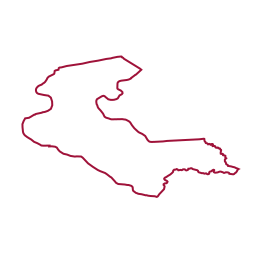 Momostenango, Totonicapán, Guatemala (Equal Earth projection), rotated 83°
{"feature_id": "79465075B37040053715230", "entity_name": "Momostenango", "entity_type": "district", "adm_level": 2, "iso_a3": "GTM", "parent_name": "Guatemala", "parent_adm1": "Totonicapán", "projection": "equal_earth", "projection_center": [-91.39, 15.11], "detail": "fine", "context": "isolated", "style": "outline", "palette": "rose", "viewbox_px": 256, "rotation_deg": 83, "n_neighbors": 0, "source": "geoboundaries", "source_scale": "gbopen_adm2", "svg_char_len": 4586}
<svg xmlns="http://www.w3.org/2000/svg" viewBox="0 0 256 256"><g transform="rotate(83 128 128)"><path d="M156.2,44.9L156.3,45.3L156.3,45.7L156.3,46.2L155.9,46.4L155.6,46.3L154.7,45.7L154.4,45.8L154.2,46.1L154.1,46.9L154.3,47.3L154.7,47.7L154.7,48.2L153.9,48.6L153.7,49.1L153.7,49.7L153.9,50.0L154.0,50.5L153.6,50.7L153.0,51.1L152.4,52.6L152.0,52.7L151.3,52.8L150.8,53.4L150.0,53.6L148.9,53.6L148.1,53.6L147.9,54.0L147.9,58.6L145.6,90.8L145.6,94.8L145.0,103.2L144.8,105.4L144.7,106.4L144.5,107.3L144.3,108.0L144.0,108.5L143.6,109.0L142.1,110.1L138.0,111.9L135.6,114.6L133.8,117.5L132.9,118.5L129.1,121.7L125.8,123.7L123.9,124.6L122.8,125.1L121.6,126.1L120.5,127.6L119.4,129.3L119.0,130.9L118.5,132.6L117.4,143.3L117.0,144.4L116.2,145.9L115.1,148.5L113.9,149.9L110.7,151.0L107.4,153.0L104.6,155.0L103.3,155.5L101.8,155.7L100.6,156.2L99.0,156.3L97.4,156.2L96.4,155.8L95.6,155.2L93.4,150.3L93.1,149.0L93.1,148.2L93.4,147.7L93.7,147.2L94.8,146.3L95.6,145.5L97.1,144.1L98.0,141.6L98.3,138.6L97.9,135.9L97.3,134.5L94.6,132.4L94.0,130.7L93.7,130.0L92.9,129.2L91.6,129.2L89.9,130.6L88.4,133.0L87.6,133.7L86.9,133.7L83.1,133.1L82.2,132.9L81.5,132.5L80.8,131.6L80.4,130.5L80.2,128.8L80.2,123.4L80.0,121.5L79.5,119.8L79.1,118.9L78.8,118.9L76.9,115.5L76.2,114.4L76.2,114.0L75.2,112.5L71.8,107.7L70.6,108.8L63.0,118.3L58.7,123.7L57.8,124.2L57.1,125.4L56.5,125.5L56.2,126.0L56.1,129.8L56.5,134.9L56.8,136.4L56.8,141.0L57.5,149.4L57.8,157.8L58.6,165.5L59.0,181.3L59.7,186.5L59.7,188.7L60.1,189.4L61.7,189.9L62.0,192.9L62.4,193.8L65.0,194.5L65.3,194.8L65.6,195.4L67.4,200.5L68.7,202.0L69.9,202.7L72.1,204.6L72.9,205.7L73.7,207.4L74.5,208.5L74.6,209.3L75.0,210.6L75.4,211.8L76.8,213.6L77.9,214.4L78.8,214.7L79.8,214.8L80.6,214.7L81.4,214.5L82.2,214.0L82.6,213.5L83.1,212.9L85.0,207.4L86.2,203.1L88.4,200.9L92.4,200.1L96.2,200.4L99.6,202.2L101.2,205.4L101.9,208.5L102.0,211.1L102.3,211.6L102.8,217.3L103.0,218.3L103.5,218.9L103.4,219.6L105.0,223.1L105.6,224.6L105.8,225.0L105.9,228.9L108.5,230.8L110.6,231.9L111.3,232.3L114.4,232.6L119.1,232.7L120.6,232.4L122.2,231.6L123.3,230.7L123.6,230.3L124.6,229.3L126.3,227.2L127.6,225.5L130.3,222.9L132.0,219.9L133.9,217.2L134.8,216.2L135.2,214.3L135.9,208.1L136.7,208.4L136.9,205.8L137.7,202.6L138.8,201.0L140.9,200.0L142.9,198.6L145.7,195.2L147.0,191.6L148.7,188.5L149.9,184.2L149.9,182.4L150.6,178.0L151.9,176.6L158.3,171.9L160.3,169.7L161.6,168.3L162.0,167.9L166.0,163.1L167.4,160.9L169.9,156.2L171.4,154.5L171.7,154.2L174.3,151.6L175.0,150.6L179.4,147.5L181.0,146.5L182.4,144.5L183.7,138.1L184.4,135.9L184.7,134.2L185.9,131.6L187.3,130.6L190.2,130.7L191.1,130.4L193.4,128.0L193.8,127.1L194.1,126.4L194.5,126.0L195.4,122.6L197.0,118.5L197.0,117.7L197.6,116.4L198.3,113.7L199.0,109.8L199.9,107.8L199.4,106.7L197.5,105.0L193.1,99.7L190.6,98.8L189.6,99.0L188.9,99.6L188.1,99.5L187.5,98.4L187.5,96.6L187.0,95.8L186.1,95.3L185.3,95.8L184.1,97.6L183.3,98.2L182.5,98.2L181.7,97.2L181.3,95.9L180.4,94.2L179.3,91.7L177.9,89.6L177.0,88.6L175.8,88.3L175.0,87.2L175.1,85.7L174.7,84.8L175.1,83.9L176.1,83.2L176.0,80.8L176.4,79.8L176.2,79.1L175.8,78.6L175.8,77.4L176.1,76.5L176.7,76.1L177.2,75.4L177.0,73.9L176.5,73.3L175.8,73.1L175.9,71.8L175.6,70.7L175.7,69.7L176.6,68.9L178.4,64.3L179.1,63.7L179.8,63.7L180.5,63.3L181.9,60.1L181.9,59.4L182.0,58.8L182.2,58.4L182.6,57.9L182.6,57.2L182.6,56.6L182.5,56.2L182.7,55.7L183.0,55.4L183.3,55.2L183.6,54.6L183.6,54.0L183.5,53.5L183.3,53.1L183.0,52.9L182.5,52.9L182.0,52.8L181.7,52.6L181.4,52.3L181.2,51.4L181.2,50.9L181.1,50.5L180.6,50.0L180.5,49.6L180.2,49.2L179.9,48.5L179.9,48.1L180.2,47.6L180.5,47.6L180.9,47.9L181.2,48.2L181.6,48.3L182.2,48.2L182.6,47.7L182.9,47.2L183.0,46.8L183.0,46.2L183.0,44.6L182.9,44.0L182.7,43.4L182.6,42.8L182.5,42.4L182.5,42.1L182.5,41.7L182.6,41.2L182.8,40.7L183.1,40.3L183.2,39.9L183.3,39.6L183.7,39.0L184.1,38.6L184.3,38.1L184.2,37.5L184.0,36.6L183.9,36.2L184.0,35.5L184.2,34.6L184.3,34.3L184.5,33.8L184.8,33.3L185.2,33.0L185.8,33.0L186.7,29.6L186.8,29.2L186.7,28.7L186.6,28.3L185.9,27.4L185.6,26.8L185.3,26.2L184.8,25.7L184.2,25.2L183.1,24.4L182.7,24.1L182.4,23.8L182.2,23.3L181.7,24.1L180.9,25.7L180.0,27.0L179.4,28.7L178.7,30.3L177.8,33.4L176.9,33.5L175.9,34.9L173.9,35.2L173.4,35.7L172.8,35.9L171.2,35.7L170.0,34.2L169.6,34.6L169.3,35.0L167.6,34.7L167.4,34.9L167.2,35.1L166.6,36.9L165.8,36.7L165.4,37.0L165.1,37.5L165.1,38.7L164.8,39.1L163.5,39.0L161.6,38.3L161.1,38.3L160.5,39.1L159.8,39.1L159.4,39.5L159.2,40.7L158.9,41.0L158.5,41.0L158.3,41.5L158.4,41.8L158.4,42.2L158.3,42.9L158.1,43.3L157.8,43.6L157.0,43.6L156.6,43.9L156.2,44.9Z" fill="none" stroke="#9f1239" stroke-width="2"/></g></svg>